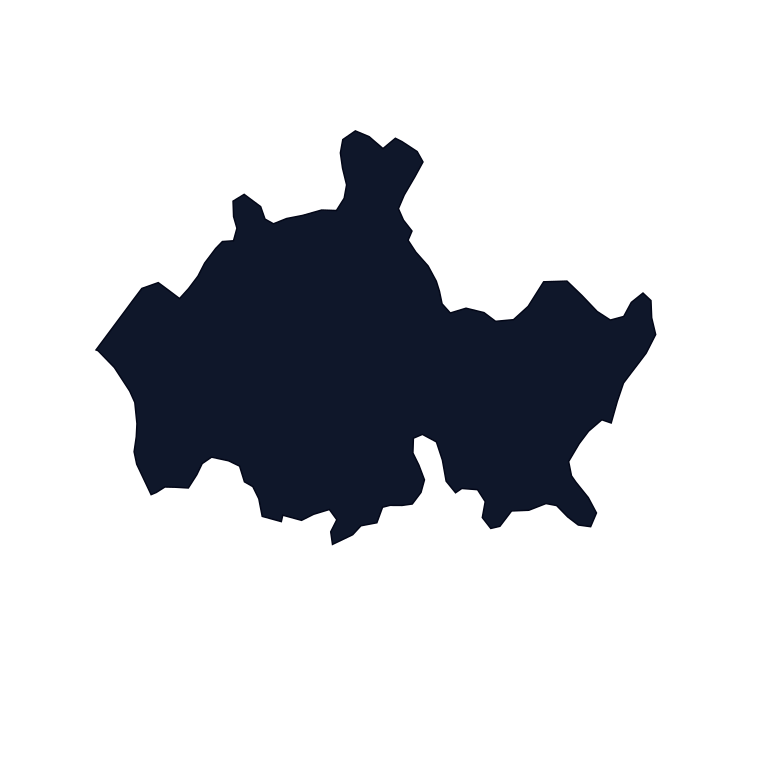 the district of Mungyeong-si, North Gyeongsang, South Korea, rotated 217°
{"feature_id": "91817680B43065782555772", "entity_name": "Mungyeong-si", "entity_type": "district", "adm_level": 2, "iso_a3": "KOR", "parent_name": "South Korea", "parent_adm1": "North Gyeongsang", "projection": "orthographic", "projection_center": [128.138, 36.686], "detail": "fine", "context": "isolated", "style": "filled", "palette": "ink", "viewbox_px": 768, "rotation_deg": 217, "n_neighbors": 0, "source": "geoboundaries", "source_scale": "gbopen_adm2", "svg_char_len": 1863}
<svg xmlns="http://www.w3.org/2000/svg" viewBox="0 0 768 768"><g transform="rotate(217 384 384)"><path d="M328.6,224.9L318.3,244.8L317.1,256.9L306.2,268.9L311.0,284.7L306.2,290.7L296.5,297.9L289.2,305.2L289.2,319.7L294.0,331.8L307.3,340.2L319.4,346.3L327.9,358.4L323.0,366.9L307.3,369.3L291.6,358.4L275.9,343.8L261.4,340.2L259.0,347.4L245.7,355.9L232.4,351.0L225.1,336.5L211.8,332.9L205.8,340.1L205.7,359.4L192.4,370.3L182.7,386.0L173.0,390.8L157.3,388.4L144.0,388.3L133.1,394.4L136.7,408.9L152.4,416.2L171.7,421.1L179.0,423.5L189.9,433.2L192.2,453.8L192.2,469.5L188.5,486.5L179.1,489.6L187.3,510.7L193.3,528.9L193.3,541.0L193.2,555.5L193.2,566.4L196.8,587.0L210.1,598.0L221.0,611.3L231.9,612.5L235.6,598.0L233.2,582.2L241.7,571.3L257.4,570.2L279.2,573.8L299.8,576.3L318.0,561.7L315.6,532.7L319.3,513.3L332.6,501.2L347.1,501.2L364.1,493.9L373.8,480.6L385.9,483.0L395.6,491.5L404.1,497.6L419.8,504.8L438.0,508.5L451.3,513.3L453.7,523.0L467.1,526.6L478.0,532.7L481.6,547.2L484.0,567.8L486.5,584.8L497.4,589.6L515.6,588.4L522.8,587.1L526.5,571.4L537.5,572.1L544.6,572.6L559.2,568.9L564.0,554.4L557.9,542.3L547.0,531.4L533.7,520.5L527.6,508.4L526.4,493.9L538.5,485.4L550.5,469.6L561.4,457.5L568.7,445.4L578.3,444.1L589.2,451.4L609.8,451.3L614.6,439.2L604.9,427.2L595.2,419.9L590.4,407.8L598.8,400.5L600.0,390.9L600.0,372.7L597.5,358.2L597.5,342.5L598.7,329.2L613.2,329.2L625.3,329.1L634.9,314.6L634.9,304.9L634.9,298.9L634.8,290.4L634.5,237.9L632.3,238.5L609.3,234.9L582.8,225.3L571.9,219.3L557.4,203.6L550.1,192.8L542.8,179.5L533.2,171.1L503.4,155.5L500.6,160.3L497.0,169.9L488.5,176.0L477.7,183.2L478.9,198.9L481.3,211.0L477.7,221.8L462.0,229.1L449.9,231.5L436.6,221.9L427.0,223.1L414.9,217.0L401.6,205.0L383.2,212.3L385.9,218.3L367.8,225.5L361.8,237.6L352.1,250.9L340.0,247.2L337.6,233.9L328.6,224.9Z" fill="#0f172a" stroke="#020617" stroke-width="1.5"/></g></svg>